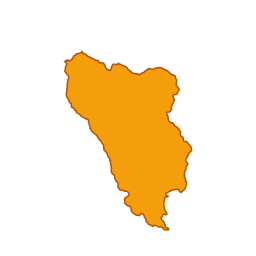 outline of Anorí, Antioquia, Colombia, rotated 123°
{"feature_id": "7082276B24533406562220", "entity_name": "Anorí", "entity_type": "district", "adm_level": 2, "iso_a3": "COL", "parent_name": "Colombia", "parent_adm1": "Antioquia", "projection": "albers", "projection_center": [-75.117, 7.178], "detail": "fine", "context": "isolated", "style": "filled", "palette": "amber", "viewbox_px": 256, "rotation_deg": 123, "n_neighbors": 0, "source": "geoboundaries", "source_scale": "gbopen_adm2", "svg_char_len": 5802}
<svg xmlns="http://www.w3.org/2000/svg" viewBox="0 0 256 256"><g transform="rotate(123 128 128)"><path d="M65.7,111.1L64.5,111.2L63.6,112.1L61.3,113.3L60.6,115.1L59.3,115.8L58.8,116.4L59.0,116.9L58.8,117.8L59.1,118.3L58.8,119.1L59.2,119.9L59.2,120.9L59.6,121.5L59.2,122.2L59.0,124.1L58.7,124.8L58.8,126.7L58.5,127.6L59.0,127.9L59.1,128.3L58.8,129.3L59.3,130.1L59.1,131.6L59.6,133.7L60.3,134.7L61.0,135.2L61.5,136.2L62.0,136.8L62.9,137.4L63.3,137.9L64.2,138.1L65.5,139.5L66.2,141.0L66.2,142.0L66.8,142.8L68.0,143.6L69.7,144.0L70.2,144.0L71.5,145.0L72.8,144.9L73.7,145.8L75.2,146.6L76.1,146.5L76.7,147.0L76.9,147.8L77.5,148.2L77.3,149.6L77.8,150.3L78.3,150.5L78.1,151.2L78.8,152.1L79.0,153.3L79.6,154.4L79.4,155.6L78.8,156.1L79.3,156.6L79.3,157.4L78.7,158.6L79.0,159.8L78.1,161.5L77.8,163.3L77.8,164.0L78.2,164.7L78.5,167.1L78.9,168.4L78.7,169.2L79.2,170.5L79.0,171.1L79.8,171.1L80.6,172.2L81.3,172.7L82.0,173.8L82.1,174.6L82.8,175.2L84.2,175.3L86.4,174.9L87.7,174.2L88.5,174.0L88.9,174.0L89.3,174.3L89.5,175.2L90.0,175.3L89.8,176.1L90.4,176.6L90.5,177.2L89.9,178.2L89.3,180.2L88.0,181.3L87.6,182.1L87.4,182.6L87.5,183.1L87.2,183.4L87.1,184.0L87.2,184.8L87.5,185.1L87.9,186.1L88.5,186.7L88.5,187.0L88.8,187.1L88.6,188.0L88.9,188.2L88.4,188.6L87.7,189.8L87.9,190.1L87.9,190.6L88.7,190.9L88.6,191.5L89.1,192.1L88.8,192.9L89.0,193.7L88.9,194.6L89.1,196.4L89.5,197.3L89.3,197.9L89.6,198.5L89.3,199.5L89.8,200.2L89.6,200.8L89.7,202.1L89.1,202.9L89.1,203.3L89.5,203.8L89.5,204.6L90.1,205.2L89.7,205.7L89.9,206.4L89.2,207.2L89.0,208.3L89.6,208.2L90.3,208.4L91.4,209.2L91.8,209.4L92.7,210.1L93.0,210.8L93.9,211.7L95.1,211.6L96.3,212.1L97.2,212.8L97.6,212.8L99.4,212.4L99.8,212.1L100.5,212.4L100.6,212.6L102.5,212.7L102.9,213.2L103.5,214.4L104.3,214.7L104.2,215.2L103.9,215.4L104.0,215.8L104.4,215.7L104.9,216.5L106.7,217.2L106.7,216.6L106.2,216.1L106.2,215.8L106.9,215.5L107.4,214.7L108.0,214.1L110.5,213.7L115.0,211.8L115.6,209.6L116.2,208.8L116.1,207.7L116.3,207.1L117.6,205.4L118.9,204.8L120.7,204.6L122.1,203.5L123.3,203.4L124.5,202.8L125.3,202.3L126.0,201.6L128.7,200.5L130.9,199.0L132.4,198.7L133.0,198.3L134.7,197.0L135.7,195.3L136.1,194.0L136.5,193.7L137.0,192.6L137.5,192.4L138.3,191.0L138.6,190.1L138.3,189.4L138.4,189.1L138.8,188.6L140.2,187.7L141.1,186.9L141.2,186.6L141.0,185.9L141.2,184.9L140.8,184.4L140.8,183.8L141.1,183.3L141.8,182.8L142.3,180.4L143.3,179.3L143.0,178.5L142.9,176.5L143.0,175.7L143.5,174.4L143.6,171.9L143.3,170.0L143.3,168.3L143.0,167.8L142.8,166.6L142.9,165.6L143.1,165.2L143.8,164.8L144.7,163.7L146.1,162.7L147.0,161.5L147.6,160.3L149.1,159.6L149.1,158.9L149.7,158.2L150.6,156.1L150.6,155.4L150.9,154.2L150.8,152.6L151.3,151.3L150.8,150.8L150.7,150.4L151.6,149.7L151.8,148.8L152.7,147.7L152.7,146.4L153.3,146.0L153.7,145.4L153.5,143.6L153.9,143.2L154.5,141.9L155.1,141.1L155.3,139.9L155.9,139.0L157.1,138.3L157.5,137.6L159.5,136.3L159.7,135.2L159.5,134.7L160.1,134.1L160.1,133.5L160.3,132.9L161.1,131.3L162.8,129.4L163.2,128.5L163.3,127.5L163.7,126.6L164.9,126.0L165.1,125.7L164.9,125.2L165.0,124.9L167.0,123.6L168.2,122.5L168.9,121.5L170.1,120.8L171.2,119.6L172.7,119.1L173.2,118.4L174.2,117.6L174.9,115.9L175.2,113.6L177.6,111.4L178.8,109.5L179.0,108.6L179.4,107.8L179.6,106.6L180.4,105.8L182.8,104.5L183.1,103.7L183.7,103.0L184.1,102.1L184.1,100.8L183.0,98.1L182.7,96.1L181.6,94.5L181.6,93.6L181.9,93.1L182.1,92.2L182.4,91.7L183.2,90.9L184.2,90.4L185.4,91.1L186.8,91.6L188.3,92.4L188.8,92.4L189.9,92.0L190.4,91.2L191.4,90.5L192.7,90.0L192.6,89.1L193.1,88.4L193.1,87.6L193.4,86.7L193.1,84.9L192.5,83.2L193.3,82.5L194.4,80.8L195.7,80.2L196.4,78.1L196.7,75.8L196.5,73.5L196.2,72.8L195.4,71.7L195.4,70.8L195.1,70.6L193.6,70.6L192.7,70.4L192.1,69.5L191.9,68.2L192.7,66.8L194.1,65.3L194.2,64.6L194.6,63.5L196.1,62.3L196.5,61.9L196.9,60.5L197.1,59.4L197.4,58.7L197.5,57.9L197.0,55.7L197.1,54.7L196.9,53.5L196.7,53.3L195.6,53.3L195.3,53.0L194.4,50.4L194.3,48.6L194.1,48.0L192.8,46.3L192.7,44.8L193.6,42.9L193.4,42.5L193.2,41.2L191.9,39.9L191.9,38.9L190.9,38.8L190.3,39.5L190.2,40.5L190.6,41.7L190.6,42.6L189.0,44.2L188.6,45.1L187.8,45.9L187.3,46.7L186.7,49.5L186.3,50.4L185.8,51.2L184.8,51.4L183.8,51.1L182.3,51.3L181.5,51.7L181.0,51.6L180.4,51.2L180.6,49.8L180.3,49.2L179.3,48.5L178.9,48.5L177.8,49.6L177.6,51.0L176.8,52.3L176.0,52.9L174.7,54.7L172.6,56.3L170.9,57.2L169.5,58.1L168.2,58.2L166.7,59.1L165.0,58.5L164.5,58.0L164.1,57.3L163.5,57.1L163.3,57.5L163.5,58.7L163.5,59.8L163.3,60.3L162.6,60.6L162.1,60.6L160.7,59.5L160.1,59.4L158.6,58.9L158.0,58.1L157.3,58.1L156.7,57.9L155.9,56.9L154.1,55.3L152.7,53.5L152.1,52.0L153.2,49.8L153.4,48.9L153.2,48.4L152.0,48.2L151.4,47.8L150.7,47.8L149.5,47.4L147.0,47.2L145.5,47.8L143.7,48.2L141.8,49.3L141.6,50.7L140.7,50.6L139.7,52.2L139.0,52.6L138.6,53.2L137.9,54.5L136.3,55.1L135.4,55.9L134.8,56.1L134.0,56.5L132.5,56.7L132.0,57.1L131.3,56.9L130.1,57.4L129.1,58.1L125.4,58.3L125.0,59.5L123.9,62.0L123.6,62.2L123.1,62.4L119.7,62.5L118.3,62.8L117.2,62.8L116.0,63.2L115.2,63.1L113.2,62.5L112.0,62.5L110.6,63.7L109.1,65.7L108.7,68.1L107.6,70.7L107.5,71.4L107.7,71.9L108.6,72.9L108.5,74.1L108.1,75.0L106.6,76.0L106.0,76.7L105.7,78.0L105.9,79.6L105.7,80.0L105.3,80.5L103.6,81.2L102.8,81.8L101.8,83.6L101.7,84.2L100.8,85.3L100.9,87.5L100.5,88.5L101.1,89.4L100.6,90.1L100.8,90.8L100.1,91.2L100.1,91.8L99.4,93.1L99.5,93.6L100.3,95.0L100.0,97.4L98.6,99.0L96.1,101.3L95.7,102.4L95.3,102.9L94.4,103.7L93.7,103.9L92.6,103.0L92.2,102.1L91.7,101.7L90.3,101.8L89.9,101.6L88.6,101.6L88.3,102.1L87.9,102.3L87.5,102.7L86.4,103.2L84.5,103.3L83.9,103.8L82.9,104.1L81.9,103.8L80.7,104.1L79.9,104.0L79.1,104.7L78.5,105.0L78.3,106.0L77.8,106.6L75.9,108.0L74.9,107.8L74.0,106.1L72.9,105.6L72.3,105.5L70.8,106.0L67.9,105.9L67.7,106.1L67.5,106.9L66.9,108.0L66.6,109.1L66.1,110.0L66.0,110.8L65.7,111.1Z" fill="#f59e0b" stroke="#b45309" stroke-width="1.5"/></g></svg>